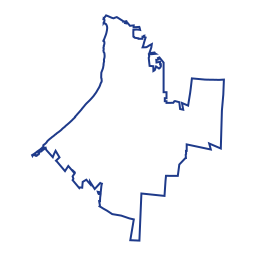 the district of Champotón, Campeche, Mexico
{"feature_id": "50627088B90852523965903", "entity_name": "Champotón", "entity_type": "district", "adm_level": 2, "iso_a3": "MEX", "parent_name": "Mexico", "parent_adm1": "Campeche", "projection": "equal_earth", "projection_center": [-90.832, 19.131], "detail": "fine", "context": "isolated", "style": "outline", "palette": "blue", "viewbox_px": 256, "rotation_deg": 0, "n_neighbors": 0, "source": "geoboundaries", "source_scale": "gbopen_adm2", "svg_char_len": 5120}
<svg xmlns="http://www.w3.org/2000/svg" viewBox="0 0 256 256"><path d="M82.2,187.7L82.7,181.9L86.3,179.7L90.2,184.2L90.1,181.9L90.6,182.7L94.7,189.0L100.2,183.0L100.6,183.3L101.9,183.7L101.7,184.4L101.4,185.9L100.7,192.4L97.8,191.8L98.3,193.4L98.7,194.0L100.6,194.2L100.4,195.8L100.2,197.2L100.0,200.5L100.0,201.5L99.8,201.6L99.2,201.4L99.5,203.2L99.9,205.2L99.9,205.7L99.5,206.3L99.9,206.5L101.4,207.4L103.3,208.6L106.7,210.5L106.9,210.6L111.6,213.7L112.2,214.1L121.2,215.6L129.4,218.4L133.8,219.4L130.3,240.2L139.4,240.6L141.4,193.5L164.5,195.9L165.5,181.0L166.0,175.8L173.7,175.9L177.8,175.9L179.3,164.5L185.5,158.0L185.9,158.0L185.7,154.7L186.1,154.0L186.0,150.9L186.7,150.9L186.7,144.4L210.8,149.5L209.2,143.5L220.8,148.5L221.9,110.6L223.3,94.6L223.9,79.6L218.7,79.9L216.2,79.8L209.1,79.7L205.1,79.6L191.9,78.4L190.7,88.7L190.1,93.2L189.0,100.0L188.1,105.6L182.0,103.0L183.2,109.7L180.1,109.0L179.3,102.2L175.2,101.1L174.4,101.2L173.3,102.8L166.5,102.9L166.5,101.2L164.8,101.2L164.8,98.2L166.5,98.2L166.5,92.2L163.6,92.2L163.6,89.5L163.6,62.6L159.4,57.4L158.0,58.0L158.5,59.4L156.8,59.9L156.3,59.9L156.5,62.5L160.1,61.8L160.1,64.3L160.8,64.2L160.9,66.2L160.2,67.6L159.0,68.5L156.1,66.5L154.8,70.0L154.7,70.2L154.4,70.4L153.4,71.0L153.3,66.2L149.6,65.9L148.7,57.8L149.2,56.6L148.9,54.3L151.3,54.2L155.7,53.8L155.0,53.4L154.5,52.5L151.4,52.9L150.1,53.0L149.4,53.0L151.3,47.5L151.8,44.1L149.0,45.6L147.2,46.8L146.3,47.2L144.4,47.3L142.6,47.3L143.3,45.4L144.2,42.0L145.6,37.5L144.1,37.0L144.3,35.7L143.9,35.8L143.9,36.7L142.5,36.7L142.4,38.8L138.5,38.8L138.4,38.3L134.9,37.8L134.5,37.4L134.2,37.3L134.2,37.1L134.1,36.9L133.4,36.6L133.3,32.4L133.4,29.8L136.8,29.5L139.7,29.8L140.1,29.9L139.5,27.4L139.3,26.9L133.6,27.3L133.7,25.4L130.0,25.8L126.9,22.1L126.5,23.4L125.1,23.1L125.8,21.3L123.2,21.7L123.1,21.1L116.8,17.1L115.0,17.7L114.2,18.0L113.9,18.2L113.5,18.3L111.8,17.8L107.7,16.0L106.1,15.4L105.7,16.0L105.2,16.6L104.9,16.9L104.5,17.5L104.0,18.0L104.0,18.6L104.0,18.8L103.4,18.8L103.2,18.8L103.4,18.9L103.4,19.1L103.6,19.1L103.6,18.9L103.8,18.9L103.8,19.1L103.8,18.9L103.9,19.0L104.1,19.0L104.3,19.4L104.3,19.6L104.5,20.2L104.4,21.0L104.1,22.3L103.8,22.3L103.6,22.7L103.6,22.8L103.9,22.3L104.1,22.3L104.1,22.8L103.9,22.8L104.1,22.9L104.1,23.3L104.5,23.3L104.8,23.5L104.8,23.4L105.1,23.5L105.5,23.8L105.7,24.0L106.0,24.1L106.6,25.2L107.0,26.3L107.1,26.9L107.2,28.0L107.1,29.0L106.9,30.5L106.4,32.9L105.9,34.6L104.8,37.5L104.0,39.6L103.8,39.8L103.7,40.1L103.6,40.4L103.3,40.9L103.3,41.0L103.6,41.2L104.1,41.2L104.2,41.4L104.2,41.7L104.4,42.3L104.4,42.9L104.4,43.7L104.3,44.2L104.0,45.2L103.8,45.5L103.9,45.9L103.9,46.2L103.7,46.9L103.6,47.0L103.6,47.3L103.4,47.8L103.4,48.0L103.6,48.3L103.5,48.6L103.6,48.3L103.7,48.7L103.7,49.4L103.4,50.5L103.5,50.8L103.6,51.0L103.6,51.7L103.7,52.0L103.8,52.3L104.2,52.7L104.4,53.3L104.6,55.4L104.6,56.4L104.5,57.4L104.3,58.3L104.0,59.2L104.0,59.5L103.9,59.9L104.0,60.1L104.0,60.8L104.1,61.2L104.0,61.5L104.0,61.8L103.8,62.5L103.7,63.1L103.5,64.2L103.6,64.5L103.5,65.0L103.5,65.6L103.3,66.3L103.1,67.7L102.7,69.0L101.6,71.9L101.3,72.8L101.3,73.3L101.2,76.6L101.2,77.7L101.3,78.2L101.4,78.3L101.5,78.4L101.6,79.6L101.7,80.5L101.6,81.8L101.4,82.0L101.2,82.3L100.8,83.2L100.3,84.4L100.2,84.9L99.6,86.4L98.9,87.8L98.5,88.4L96.3,92.2L95.2,93.8L94.8,94.2L94.8,94.3L93.5,96.1L91.4,98.5L89.9,100.1L89.1,100.9L86.3,103.6L84.9,105.2L84.3,106.0L83.6,106.8L82.8,107.8L81.9,108.8L81.8,109.1L80.6,110.5L77.6,113.9L77.4,114.1L77.1,114.4L76.6,115.1L75.8,115.9L75.3,116.5L75.2,116.6L75.3,116.7L75.2,117.1L75.0,117.3L73.5,118.8L72.8,119.4L72.2,120.1L69.4,122.7L67.2,124.6L65.6,125.9L65.4,126.1L65.3,126.3L64.9,126.7L63.0,128.2L61.8,129.3L61.6,129.6L60.7,130.4L58.8,131.9L58.2,132.3L56.8,133.3L56.4,133.6L56.1,134.0L55.5,134.4L55.3,134.5L54.9,134.8L54.3,135.4L52.9,136.5L52.0,137.1L51.6,137.5L50.6,138.3L49.7,139.0L47.8,140.7L47.5,141.0L46.9,141.8L46.6,142.4L46.2,142.8L45.2,143.8L43.8,144.8L43.5,145.2L43.3,145.3L43.3,145.8L43.3,146.2L43.4,146.3L43.3,146.6L43.2,146.8L42.9,147.2L42.2,147.8L40.9,148.8L40.3,149.4L36.8,151.8L36.4,152.2L36.2,152.4L35.7,152.7L34.9,153.3L34.1,153.9L32.1,155.1L32.2,155.3L32.5,155.9L32.7,155.5L33.1,155.2L33.4,154.9L33.6,154.9L33.8,155.0L34.1,154.9L34.3,155.0L34.5,155.1L35.1,154.7L35.4,154.5L35.4,155.2L35.4,155.4L35.4,155.5L35.5,155.7L36.1,155.9L36.4,155.9L36.7,155.8L36.9,155.6L37.0,155.4L37.3,155.1L37.5,154.8L37.9,154.6L38.3,154.6L38.5,154.5L39.0,153.9L39.1,153.5L39.1,153.1L39.0,152.6L38.8,152.5L38.8,152.4L38.7,152.4L38.8,152.2L39.3,152.1L39.4,151.9L39.6,151.9L39.8,151.8L40.0,151.7L40.4,151.7L40.7,151.5L41.0,151.5L41.4,151.3L41.8,151.0L41.9,150.8L42.0,150.3L42.1,150.2L42.3,149.5L42.4,149.4L42.5,149.3L42.7,148.8L42.7,148.7L42.8,148.8L42.8,148.7L43.0,148.5L43.1,148.3L43.4,148.2L43.6,148.3L43.8,148.1L44.1,148.1L44.2,147.9L44.6,147.9L45.0,147.8L45.1,148.0L45.0,148.5L45.7,148.0L46.1,149.6L46.6,150.3L52.8,157.2L53.9,154.3L55.6,150.8L59.5,157.4L56.0,160.7L56.8,161.4L65.0,171.1L68.3,166.0L73.1,171.6L73.2,170.9L74.8,172.4L74.7,173.4L74.5,173.5L72.6,176.4L73.4,178.8L72.6,180.1L79.3,188.1L79.8,187.4L82.2,187.7Z" fill="none" stroke="#1e3a8a" stroke-width="2"/></svg>